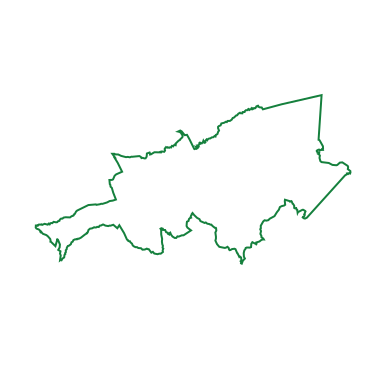 Cocu, Arges, Romania (Robinson projection), rotated 82°
{"feature_id": "2599482B3683205747186", "entity_name": "Cocu", "entity_type": "district", "adm_level": 2, "iso_a3": "ROU", "parent_name": "Romania", "parent_adm1": "Arges", "projection": "robinson", "projection_center": [24.657, 44.87], "detail": "fine", "context": "isolated", "style": "outline", "palette": "green", "viewbox_px": 384, "rotation_deg": 82, "n_neighbors": 0, "source": "geoboundaries", "source_scale": "gbopen_adm2", "svg_char_len": 6095}
<svg xmlns="http://www.w3.org/2000/svg" viewBox="0 0 384 384"><g transform="rotate(82 192 192)"><path d="M240.0,253.0L240.6,250.3L242.2,249.1L242.4,246.7L241.8,244.6L242.3,244.1L242.6,242.8L246.4,240.7L245.8,239.1L247.7,237.9L248.8,234.7L248.5,233.1L248.7,231.5L247.3,229.1L245.7,229.2L244.1,228.3L243.1,228.9L241.3,228.3L239.6,228.7L237.0,228.7L234.3,228.1L229.9,228.4L225.0,227.8L224.0,228.3L223.6,227.4L224.3,226.0L225.5,226.0L225.9,223.9L228.2,223.2L228.9,221.8L230.0,221.7L230.8,220.6L229.8,220.4L229.2,219.2L231.3,218.7L233.4,217.5L235.1,215.5L235.3,214.0L233.9,212.6L234.3,211.3L233.5,208.1L233.7,206.4L229.9,198.3L226.6,201.5L224.9,202.1L222.0,201.5L220.7,201.1L220.2,199.5L218.4,198.8L217.6,197.8L217.3,196.5L216.5,196.8L215.4,196.3L214.9,195.7L214.0,195.5L212.9,194.4L215.1,193.1L218.3,190.6L219.9,188.4L222.0,187.7L224.4,183.8L224.1,182.6L225.5,181.3L226.2,179.2L226.9,178.4L227.0,177.4L228.5,176.4L230.7,174.3L230.8,173.4L231.1,173.2L233.6,173.3L235.4,174.5L239.6,174.5L241.5,174.8L243.4,175.6L247.1,174.5L250.1,172.6L251.9,167.5L251.9,166.3L251.2,164.5L252.7,163.4L253.8,163.4L254.8,162.9L254.8,162.0L254.1,160.3L254.1,157.8L254.7,156.9L259.0,155.7L259.1,155.4L262.9,154.2L262.5,153.6L263.7,152.5L266.7,152.6L267.3,153.5L268.4,153.0L269.4,153.4L269.9,152.7L267.1,151.2L265.3,148.9L263.2,149.6L259.7,149.3L257.1,148.3L255.7,146.9L254.9,146.6L254.6,145.4L255.1,142.5L254.8,141.2L251.6,140.5L250.1,139.2L251.7,137.0L251.6,136.5L252.7,135.7L252.3,135.3L250.9,135.3L250.4,132.1L249.3,130.3L248.8,128.5L249.0,127.5L248.0,127.9L246.5,129.5L245.1,129.4L243.0,130.1L240.3,129.1L238.3,129.6L237.6,128.9L235.0,128.6L231.1,125.6L230.1,124.1L230.7,122.3L230.5,120.3L229.3,118.8L227.4,113.7L223.9,110.8L221.6,108.4L219.2,107.1L218.5,105.3L218.2,102.6L217.6,101.5L214.0,101.4L212.6,101.0L214.7,96.4L215.2,96.2L214.8,95.0L215.2,94.6L217.6,94.0L217.8,93.6L219.7,92.7L222.0,93.0L222.4,92.6L222.4,91.1L223.9,90.9L224.2,90.3L227.3,90.3L226.7,89.9L225.0,85.1L225.1,84.3L226.6,82.5L227.0,82.3L229.7,83.9L229.9,83.5L230.9,83.8L231.5,84.2L232.2,85.1L232.1,85.6L232.6,85.9L233.8,84.6L234.0,83.6L233.4,81.8L196.8,38.1L196.0,36.0L195.2,36.0L195.2,35.1L195.8,34.7L195.2,33.7L195.7,32.9L194.8,32.4L193.3,32.3L191.0,34.5L189.0,33.9L187.8,34.2L183.6,39.0L183.5,41.5L185.4,44.3L185.6,45.3L184.7,49.2L182.3,52.5L180.4,59.6L179.2,60.6L176.0,61.0L173.7,60.3L172.7,60.8L171.8,61.8L171.3,60.7L170.6,60.5L169.7,62.5L168.7,62.8L168.2,62.3L167.7,60.9L167.8,60.0L168.6,59.6L168.3,58.4L168.5,56.6L167.4,56.9L167.3,56.2L164.9,56.0L159.2,58.2L158.3,58.6L157.9,59.4L114.1,50.2L117.6,90.9L120.0,110.3L118.0,111.2L117.6,113.2L116.9,114.2L115.8,114.5L115.8,115.0L116.3,115.5L116.1,116.2L117.8,117.6L117.6,118.3L117.9,118.8L117.5,119.8L118.4,120.2L118.5,120.6L117.5,121.4L118.3,121.8L118.2,123.0L118.7,123.7L117.6,124.5L117.7,124.8L118.7,125.5L118.5,127.2L119.3,128.4L120.1,128.8L119.9,130.7L121.1,131.2L120.7,133.2L120.2,133.5L120.9,135.2L122.3,136.6L122.3,137.5L124.2,140.2L124.4,141.4L125.9,142.6L126.9,144.6L126.6,146.7L127.6,147.8L127.1,148.5L127.9,150.5L128.2,153.4L130.0,154.4L130.5,156.3L131.1,157.1L132.4,157.3L135.0,156.7L135.8,157.6L138.2,158.8L138.8,160.4L140.3,161.0L139.7,161.9L140.7,163.2L140.7,164.9L141.5,166.4L141.4,167.4L141.7,168.6L142.9,169.8L142.0,170.3L143.6,172.2L144.6,171.8L144.9,172.1L145.0,172.9L142.9,173.6L143.9,174.1L145.2,175.5L144.8,176.3L145.1,176.6L144.2,177.3L144.6,177.9L145.3,177.4L146.6,179.0L146.6,179.6L147.4,179.3L147.1,180.2L148.4,179.7L148.9,180.0L148.1,181.6L149.5,180.9L149.9,181.6L149.6,182.5L149.9,183.5L149.7,183.8L139.6,187.1L134.7,189.0L134.7,191.3L130.5,193.8L129.5,195.1L130.2,197.4L130.9,195.7L132.0,194.7L134.5,193.6L135.8,193.6L136.5,194.0L138.3,196.5L138.9,196.8L139.2,198.0L141.9,201.6L142.4,201.4L143.4,201.7L143.0,202.6L143.1,203.2L143.5,203.9L144.1,204.2L143.5,205.4L144.3,206.2L144.9,206.4L144.7,206.9L145.0,208.3L144.7,208.5L144.8,209.1L144.3,210.0L144.6,210.3L144.2,211.0L144.4,211.0L144.4,212.1L145.6,213.1L147.2,212.9L148.3,213.9L147.7,216.1L148.0,216.5L147.7,217.0L147.8,217.7L148.4,217.6L147.4,223.7L149.0,227.5L149.0,228.3L148.3,228.1L147.0,228.5L147.6,231.3L150.7,232.0L152.2,233.3L152.1,234.5L151.3,236.1L151.4,237.3L150.1,237.8L149.1,239.1L148.8,246.3L148.6,247.1L149.0,248.7L148.3,250.7L148.3,252.5L146.4,257.1L144.6,259.8L144.1,262.6L143.4,263.5L143.1,265.6L147.3,263.4L147.3,263.9L152.8,261.5L162.2,258.4L164.0,264.7L165.2,266.4L168.5,268.4L168.9,269.7L168.6,272.1L172.8,272.3L173.4,271.9L175.4,271.9L176.8,270.8L181.7,270.1L188.9,268.4L189.5,271.7L189.5,274.8L190.5,277.5L191.3,282.4L191.0,283.6L191.3,284.8L191.4,288.5L190.9,288.9L190.5,296.4L194.4,308.3L195.2,309.5L197.4,311.1L197.6,311.8L198.6,312.4L198.6,312.8L199.1,313.3L199.2,314.6L200.2,316.3L199.4,320.8L199.5,322.8L200.3,323.9L200.1,325.3L201.0,326.8L202.1,327.3L202.3,328.8L203.1,329.6L203.1,330.9L202.3,333.2L203.4,334.7L203.1,335.7L203.3,336.8L204.3,337.4L204.3,337.8L203.4,338.4L204.2,339.6L203.0,342.4L203.7,345.0L203.1,345.5L203.2,346.8L202.9,348.1L203.6,349.2L202.5,349.5L203.9,349.7L203.5,351.3L205.5,351.7L206.6,351.1L207.8,348.9L210.0,347.1L210.4,347.7L211.0,347.4L211.3,346.4L212.7,345.4L214.4,342.2L215.8,340.9L218.7,339.0L220.2,338.8L221.5,339.1L221.7,338.6L226.6,334.8L221.2,332.4L220.2,332.3L220.1,331.9L220.6,331.4L225.6,330.1L228.5,330.8L230.7,332.5L232.4,330.5L234.7,331.3L236.4,330.8L241.3,332.2L240.7,331.1L241.3,330.6L239.9,329.5L239.0,327.7L236.5,327.0L235.8,326.1L234.9,326.2L234.0,325.3L232.1,325.1L231.3,324.1L229.7,323.7L228.2,322.5L228.1,321.5L226.9,319.3L225.0,318.3L224.6,317.1L223.1,316.1L222.6,314.4L222.8,313.3L222.5,312.9L222.8,311.9L222.3,311.3L222.5,310.5L221.8,308.4L219.2,303.9L218.3,301.7L217.8,301.8L217.3,300.8L215.2,299.8L214.1,298.1L214.1,296.0L213.3,293.8L213.7,293.0L213.7,291.5L213.3,290.8L213.7,289.2L212.5,288.1L212.5,286.7L211.8,284.8L211.9,284.3L213.2,282.5L214.1,279.7L213.8,278.4L214.0,277.4L213.5,274.5L217.5,271.0L214.8,268.6L223.2,265.0L230.1,263.0L230.8,262.1L231.5,262.0L232.0,261.2L232.1,260.4L233.2,260.0L234.8,258.6L236.7,258.1L238.1,256.7L238.9,255.2L238.9,254.2L240.0,253.0Z" fill="none" stroke="#15803d" stroke-width="2"/></g></svg>